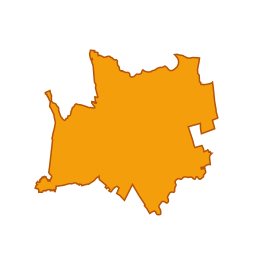 the district of Gura Ocnitei, Dâmbovita, Romania, rotated 288°
{"feature_id": "2599482B41212153324828", "entity_name": "Gura Ocnitei", "entity_type": "district", "adm_level": 2, "iso_a3": "ROU", "parent_name": "Romania", "parent_adm1": "Dâmbovita", "projection": "robinson", "projection_center": [25.584, 44.936], "detail": "fine", "context": "isolated", "style": "filled", "palette": "amber", "viewbox_px": 256, "rotation_deg": 288, "n_neighbors": 0, "source": "geoboundaries", "source_scale": "gbopen_adm2", "svg_char_len": 5670}
<svg xmlns="http://www.w3.org/2000/svg" viewBox="0 0 256 256"><g transform="rotate(288 128 128)"><path d="M109.8,215.6L110.9,215.2L112.2,214.1L113.6,213.6L112.9,212.3L111.6,210.7L111.6,210.4L113.1,209.7L114.3,212.3L116.6,213.8L117.6,215.0L118.4,216.3L118.6,217.6L125.2,214.6L127.5,214.4L129.9,215.7L129.6,214.4L130.4,214.0L130.7,213.7L130.7,213.4L130.5,213.1L130.2,213.2L130.0,212.2L130.3,211.9L131.2,211.7L131.9,210.6L130.8,209.8L128.9,207.6L131.3,206.3L134.2,203.7L130.1,197.8L131.5,196.4L136.7,193.0L147.8,184.9L154.8,195.4L149.5,197.3L145.2,199.6L154.1,210.7L161.5,205.9L161.8,206.0L162.7,207.4L163.5,208.1L164.9,210.0L165.4,210.3L171.2,206.5L172.0,206.4L180.0,202.2L192.3,196.8L197.7,194.2L196.5,193.5L195.8,192.6L194.4,190.4L192.4,186.3L192.7,185.7L192.2,184.8L192.0,183.9L192.6,183.5L193.7,183.2L194.0,182.5L194.0,181.8L199.9,179.5L200.6,179.0L200.9,178.1L201.6,177.4L205.2,176.0L212.6,175.1L216.7,174.4L216.0,171.1L214.9,167.4L213.7,165.6L213.0,163.3L213.5,159.2L213.9,157.6L213.3,154.5L213.3,152.0L212.2,149.6L211.1,151.6L209.8,153.4L208.5,154.8L206.6,155.6L204.4,156.2L201.6,155.9L198.1,153.9L197.0,153.0L196.3,152.1L195.8,151.0L195.7,149.9L196.1,148.6L196.8,147.6L197.9,145.6L198.3,144.2L197.9,143.5L196.5,142.3L195.9,141.1L195.7,140.1L194.9,138.7L193.9,137.6L192.8,136.6L191.7,136.0L189.8,133.2L188.5,132.3L187.5,129.9L187.2,128.9L187.2,126.5L187.5,125.1L187.9,124.4L187.6,123.9L183.9,123.6L182.3,121.7L182.1,119.8L180.9,118.9L179.3,118.1L178.5,117.4L177.5,115.9L177.5,115.3L177.6,114.5L178.1,113.9L180.3,112.6L180.7,111.8L180.9,110.8L180.2,108.8L180.3,106.0L180.8,105.3L180.7,104.8L180.1,104.4L180.0,104.0L180.4,103.7L180.4,102.5L181.0,101.8L183.0,100.9L184.0,99.9L183.9,99.3L184.6,98.7L185.3,98.5L185.8,98.0L188.7,97.1L189.1,96.2L189.3,95.7L188.7,94.7L188.8,93.1L189.2,92.7L189.3,91.8L189.8,91.4L189.8,90.2L190.2,89.6L190.1,89.0L190.5,88.5L189.9,86.5L189.0,85.4L188.2,84.2L187.8,83.2L188.3,80.8L188.2,80.0L188.5,78.4L187.6,77.3L190.4,76.0L190.2,73.7L189.9,73.6L189.8,73.2L190.0,72.9L190.1,72.2L191.3,72.3L190.4,68.3L186.6,68.6L185.5,69.1L183.2,70.4L182.1,71.3L183.0,72.4L182.1,73.1L181.1,72.1L176.4,75.6L161.1,82.0L160.8,82.2L160.7,82.6L160.0,83.4L158.8,84.2L157.8,84.5L156.2,84.6L148.0,89.8L147.7,89.7L147.5,87.8L147.5,86.9L147.1,86.9L144.2,88.4L143.2,88.6L142.8,89.0L142.4,90.3L141.9,90.2L141.5,89.7L141.3,88.9L142.3,87.5L142.0,85.4L140.6,85.8L140.2,86.6L139.1,87.7L137.7,90.0L137.2,90.1L136.8,90.0L136.3,89.2L136.0,86.5L135.3,84.4L135.5,81.9L135.5,76.6L134.9,73.1L134.9,71.1L133.1,70.1L131.6,70.0L130.6,69.1L129.9,68.8L127.9,68.9L125.7,68.7L124.2,69.1L122.5,69.1L121.7,68.8L120.9,67.2L118.5,67.4L117.9,66.2L116.3,65.9L116.0,65.8L115.7,65.3L115.9,64.2L116.4,62.8L117.2,62.1L117.6,61.1L120.5,58.6L123.5,56.5L125.2,56.0L126.2,55.3L126.7,54.0L128.5,51.9L128.8,50.7L128.7,49.9L128.9,48.7L129.6,47.3L130.0,46.9L133.2,45.8L135.0,45.4L137.5,43.3L139.5,42.2L136.2,38.4L135.0,38.8L134.8,39.4L134.9,40.2L134.6,40.6L134.0,40.7L133.5,41.1L133.2,42.0L132.5,42.3L132.2,42.9L129.9,44.9L129.4,45.8L129.1,46.0L125.3,46.6L124.1,46.9L123.0,48.5L118.3,53.0L117.1,53.8L114.9,54.8L112.0,56.6L110.7,57.2L108.8,57.6L103.6,58.2L100.4,58.3L94.2,59.0L93.9,59.7L93.2,60.0L66.8,65.4L63.8,65.9L61.0,66.5L60.7,67.1L59.8,68.0L59.6,69.0L58.6,70.2L57.8,70.6L56.9,70.3L56.1,70.7L55.0,69.8L53.4,70.2L53.6,69.6L54.0,69.4L54.2,68.8L53.2,68.7L52.8,68.5L52.9,68.4L53.5,68.0L53.9,67.3L54.2,67.2L54.5,66.7L55.5,65.6L55.7,65.0L56.1,65.1L56.2,63.4L55.7,63.0L54.9,63.2L54.7,63.0L54.7,62.8L55.2,62.4L54.8,61.6L54.6,61.5L54.2,61.4L53.6,61.6L53.0,61.0L52.3,61.1L52.2,61.1L52.3,60.6L51.8,60.4L51.7,60.5L50.9,60.1L49.9,61.1L49.6,60.7L48.8,60.4L48.7,60.2L48.8,59.8L48.8,59.1L49.1,58.8L48.6,58.7L48.5,58.3L48.2,58.1L47.2,57.8L46.3,58.6L46.1,59.2L44.7,58.3L43.7,58.5L43.0,58.3L42.8,58.6L42.1,58.4L42.0,59.4L42.2,60.6L42.5,61.0L41.7,62.0L39.3,63.1L39.7,63.9L40.2,66.0L40.6,66.5L41.5,66.4L42.6,67.3L42.7,67.5L42.4,67.9L42.9,68.5L43.0,68.7L42.7,69.0L42.8,69.3L43.5,69.9L44.3,70.3L44.3,70.7L44.8,71.2L45.3,73.0L44.5,73.2L44.3,73.4L44.4,73.9L44.5,74.2L45.3,74.4L45.4,75.3L45.1,75.7L45.2,75.9L45.5,76.2L45.9,76.0L46.5,76.8L45.5,77.1L44.8,78.1L44.9,78.3L45.2,78.4L45.8,78.1L48.1,78.3L48.7,77.9L49.7,78.0L50.5,77.7L50.7,78.5L53.5,84.2L55.0,86.5L56.6,88.8L57.3,90.4L57.5,91.8L59.2,93.9L59.5,95.2L59.6,95.7L59.1,96.6L59.1,97.6L59.2,98.2L59.5,98.7L58.6,99.2L59.7,100.2L60.0,101.0L59.8,101.4L58.9,101.8L59.7,103.4L60.6,104.1L61.1,105.5L62.2,106.9L62.3,107.8L67.0,111.7L68.4,112.5L69.6,112.9L71.4,113.9L72.4,114.9L73.2,115.3L70.7,116.3L70.0,116.9L66.7,125.2L65.5,124.7L64.6,124.6L63.7,126.5L64.8,126.9L65.4,127.5L64.1,129.6L63.8,129.7L62.4,129.1L61.9,131.4L62.5,131.8L65.6,132.8L67.8,134.1L69.1,135.5L68.3,138.0L62.2,137.5L61.4,140.9L58.1,147.0L75.7,149.7L66.7,159.9L60.2,168.0L59.2,167.6L57.2,170.8L53.4,175.1L55.4,176.6L56.7,177.9L57.1,179.2L57.0,179.8L55.3,181.5L54.7,182.5L54.8,183.3L55.5,185.0L55.7,185.3L56.2,185.6L56.9,185.6L57.8,185.3L59.4,184.6L60.7,183.6L62.3,181.8L63.9,181.5L68.6,183.1L69.1,184.5L69.2,185.3L69.0,186.5L68.6,187.2L68.5,187.8L68.8,188.4L69.8,189.0L71.1,189.0L72.0,188.7L73.1,188.0L73.5,187.4L74.4,187.0L75.1,186.9L78.6,187.6L79.7,188.1L80.6,189.2L80.9,191.2L81.1,191.5L81.7,191.8L82.2,191.9L85.4,191.0L87.7,191.4L88.7,191.3L89.3,191.0L90.5,189.8L91.5,189.3L93.3,189.7L94.9,190.9L95.4,191.5L95.5,191.9L95.5,194.2L96.1,194.8L98.4,196.1L98.8,196.5L99.4,198.3L99.5,200.3L99.9,201.3L100.7,202.6L100.8,203.3L100.8,204.4L100.0,205.7L99.8,207.1L100.2,207.7L102.6,208.0L103.0,208.4L102.9,209.4L102.5,209.9L101.7,210.6L101.4,211.6L101.5,212.2L101.9,212.9L104.5,214.6L105.6,214.8L106.5,214.5L107.7,214.8L108.3,215.0L108.8,215.4L109.8,215.6Z" fill="#f59e0b" stroke="#b45309" stroke-width="1.5"/></g></svg>